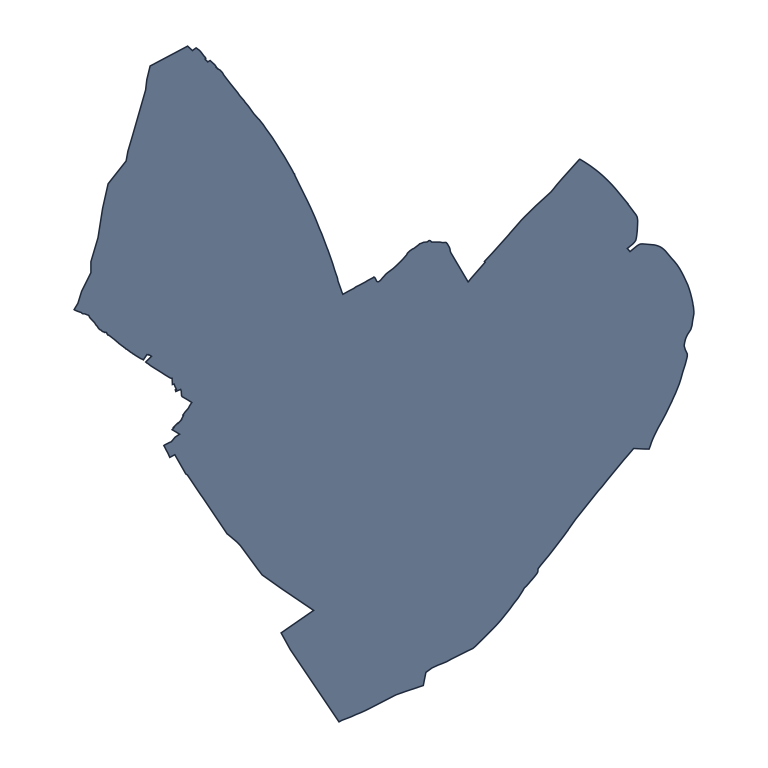 Oldebroek, Gelderland, Netherlands (Albers equal-area conic projection)
{"feature_id": "6326949B62245249446035", "entity_name": "Oldebroek", "entity_type": "district", "adm_level": 2, "iso_a3": "NLD", "parent_name": "Netherlands", "parent_adm1": "Gelderland", "projection": "albers", "projection_center": [5.93, 52.457], "detail": "fine", "context": "isolated", "style": "filled", "palette": "slate", "viewbox_px": 768, "rotation_deg": 0, "n_neighbors": 0, "source": "geoboundaries", "source_scale": "gbopen_adm2", "svg_char_len": 6032}
<svg xmlns="http://www.w3.org/2000/svg" viewBox="0 0 768 768"><path d="M150.1,66.0L146.8,79.7L145.6,90.0L132.4,136.0L127.9,151.2L126.1,161.0L108.1,183.8L102.6,208.3L98.0,237.7L90.9,261.7L90.9,272.7L81.6,291.3L77.9,303.3L74.1,309.6L75.0,310.2L77.6,311.3L80.2,312.2L80.8,312.3L81.2,312.5L81.9,313.2L82.6,313.7L82.9,313.8L84.3,313.8L84.9,313.9L85.9,314.3L87.6,315.0L88.2,315.1L88.5,315.3L88.8,315.5L89.5,317.1L90.0,317.9L91.2,319.2L94.2,322.3L94.8,323.0L95.8,324.8L97.4,326.5L98.1,327.8L99.2,329.1L100.1,329.8L100.9,330.1L101.3,330.4L101.9,331.1L102.9,331.7L103.2,331.8L103.8,331.8L104.0,331.9L104.2,332.3L104.5,332.5L105.1,332.2L105.9,332.5L106.4,332.4L106.6,332.6L106.7,333.2L107.0,333.5L107.1,334.0L107.8,334.9L107.9,335.1L108.5,335.0L108.9,335.4L109.7,335.8L110.2,336.3L111.2,337.0L111.8,337.5L112.5,338.0L112.8,338.3L114.2,339.3L115.0,340.1L115.7,340.4L116.4,341.4L117.2,341.9L118.0,342.5L118.5,343.1L118.9,343.5L119.4,343.8L122.5,346.2L123.3,346.6L124.0,347.4L124.3,347.6L125.1,348.0L125.9,349.0L126.5,349.2L127.4,349.6L127.9,350.2L128.7,350.7L129.3,351.2L130.9,352.4L131.9,352.9L133.3,354.1L133.9,354.2L134.8,355.0L139.2,357.7L141.3,358.9L142.3,359.2L143.4,359.9L147.0,354.5L148.3,355.0L148.7,354.6L151.5,356.3L145.7,362.0L146.8,363.0L147.8,363.5L150.7,365.8L154.8,368.4L161.6,372.6L164.9,374.8L169.7,377.7L171.1,378.3L172.1,378.3L172.4,384.5L173.1,384.2L174.2,384.1L174.6,385.6L176.4,389.4L175.3,389.8L175.8,391.5L180.6,389.4L181.3,391.3L181.3,392.8L181.5,395.2L181.5,395.3L181.5,395.6L182.2,396.7L187.4,399.7L189.6,401.1L191.8,402.5L190.9,403.8L189.6,405.8L188.6,407.8L188.0,408.7L185.5,411.5L185.0,412.1L183.2,414.7L182.8,415.1L183.0,415.5L183.4,415.7L182.6,417.1L181.2,419.8L181.4,419.9L178.1,423.3L177.9,423.0L177.3,423.5L173.4,427.4L173.9,427.7L172.1,429.7L179.6,434.2L175.5,436.9L174.8,437.5L172.8,440.0L171.2,441.8L169.4,442.5L167.3,443.6L165.5,444.5L164.1,445.3L163.8,445.7L164.3,446.3L166.4,450.5L167.5,452.4L168.0,453.4L169.8,457.4L174.8,454.7L185.8,474.0L187.5,475.0L187.6,475.3L190.4,479.4L198.0,490.8L201.1,495.4L201.6,496.0L202.8,497.7L209.4,507.5L227.2,534.0L227.9,534.4L236.8,541.9L240.4,545.6L258.4,570.1L258.7,570.4L262.1,574.9L281.7,588.8L313.6,610.4L281.1,632.9L290.3,649.6L339.0,721.9L341.9,720.3L349.6,717.4L351.8,716.5L355.9,714.6L360.9,712.6L365.3,710.6L369.5,708.5L393.7,696.0L396.1,694.8L405.4,691.5L423.3,685.5L425.9,672.4L431.9,668.0L432.3,667.8L438.1,665.1L442.1,663.6L446.7,661.7L450.9,659.3L468.1,650.7L472.8,648.5L475.4,646.3L485.2,636.6L493.9,627.8L496.3,625.3L500.7,620.4L509.7,609.2L513.5,603.9L518.2,597.9L522.5,591.2L523.1,590.2L524.1,588.3L524.7,587.6L526.7,585.8L527.4,584.9L528.8,583.4L530.3,581.5L532.3,579.3L534.8,576.3L536.9,573.6L537.6,572.3L537.8,571.9L537.9,571.0L538.0,569.5L538.0,569.1L538.2,568.6L538.7,567.9L540.6,565.4L545.8,559.1L548.8,555.5L555.0,547.5L563.7,536.1L565.9,533.1L567.4,531.0L567.7,530.8L568.5,529.3L575.7,519.2L598.1,491.1L602.0,486.7L606.9,480.5L624.0,459.7L627.7,455.5L633.6,448.5L643.7,449.0L649.1,449.1L650.6,445.1L651.3,442.8L652.9,438.8L654.3,435.7L658.0,428.2L662.5,420.1L665.9,413.7L670.4,404.4L671.9,401.4L672.3,400.3L674.3,395.9L675.5,393.4L679.3,383.9L681.0,378.6L682.8,372.0L684.3,367.4L685.3,364.3L686.9,358.1L687.3,356.3L687.3,353.9L685.3,349.7L684.2,346.0L684.4,344.0L684.7,342.4L685.4,339.5L686.1,337.5L687.5,334.6L690.8,329.5L692.0,325.6L692.2,324.1L692.6,321.0L693.9,313.8L693.9,311.5L693.5,307.0L693.0,304.7L692.7,302.4L691.7,297.9L690.6,293.5L689.3,289.2L687.8,284.9L683.7,276.1L681.9,272.6L679.7,268.7L677.2,264.9L674.4,261.4L671.4,258.1L665.4,250.9L663.7,249.3L661.8,247.8L660.3,246.9L658.5,246.1L656.1,245.3L654.2,244.9L652.4,244.7L642.7,243.9L640.4,244.0L639.2,244.5L637.2,245.7L630.0,251.6L628.0,249.2L627.3,248.5L632.8,244.0L634.4,242.3L635.8,240.3L636.3,238.2L636.7,235.8L637.3,230.4L637.6,224.2L637.7,221.2L637.6,219.6L637.2,217.0L636.1,214.9L633.5,211.5L627.7,203.8L627.9,203.7L615.3,188.5L612.1,184.9L608.2,180.9L604.9,177.7L602.2,175.2L598.8,172.3L595.7,169.8L590.7,166.1L587.6,164.0L584.5,162.0L580.2,159.4L579.8,159.2L579.5,159.5L579.2,159.6L562.2,178.5L556.6,185.0L553.2,189.3L550.8,192.1L535.7,205.9L535.2,206.4L525.0,216.4L521.4,220.1L509.5,233.7L509.4,234.0L492.1,253.3L484.4,261.5L485.1,262.3L471.0,278.4L468.3,281.8L468.1,281.9L450.8,252.6L450.2,250.9L450.1,249.7L449.9,248.8L449.7,248.1L449.3,247.2L447.3,243.7L446.9,243.4L446.4,242.7L446.1,242.5L445.6,242.4L442.6,242.6L440.1,242.1L431.8,242.1L430.6,241.0L430.3,240.7L429.3,240.5L429.0,240.6L428.6,240.8L427.9,241.5L427.4,241.8L426.7,242.0L423.5,242.3L421.3,243.3L419.6,243.8L419.0,244.5L418.4,245.0L414.2,248.2L413.4,248.7L412.9,248.8L411.9,249.4L409.8,250.9L407.4,253.2L407.2,253.5L406.8,254.6L406.6,254.9L404.2,257.6L403.3,258.7L400.9,261.2L396.8,265.2L393.2,268.5L387.7,272.6L386.6,273.5L385.6,274.4L383.4,277.0L382.9,277.4L380.7,280.1L379.6,281.0L378.6,281.7L377.8,281.8L376.7,281.3L375.6,278.9L375.3,278.3L374.7,277.5L373.9,277.0L373.4,277.5L367.3,280.7L365.7,281.8L363.8,282.8L359.1,285.3L356.1,286.7L353.8,288.4L348.4,291.2L342.9,294.3L342.5,293.4L342.0,292.4L340.8,288.8L338.3,281.9L337.9,280.7L337.6,278.6L337.1,276.9L336.0,273.9L334.6,269.8L332.9,264.1L331.5,260.0L327.8,249.6L327.4,248.8L321.9,234.1L319.4,228.4L316.2,220.3L314.6,216.5L310.5,207.3L307.6,201.2L299.5,184.9L294.6,174.9L294.7,174.3L294.6,174.0L294.2,173.6L293.9,173.5L292.5,170.7L291.1,168.2L284.0,155.9L281.7,152.4L277.3,145.3L272.2,137.3L265.8,128.5L263.3,124.7L259.7,120.2L259.2,119.5L258.5,119.0L253.8,113.7L248.4,106.1L244.9,102.0L244.6,101.4L244.0,100.6L239.6,95.5L238.4,93.7L237.9,92.9L230.2,83.4L224.2,75.6L223.4,74.4L222.8,73.2L222.4,72.6L220.1,70.1L219.4,69.7L218.0,69.1L217.6,68.8L217.8,68.6L217.0,67.9L216.0,67.3L216.2,66.8L215.0,65.0L210.1,60.5L209.9,60.6L207.7,61.9L206.7,60.7L205.5,59.7L205.3,59.5L205.1,59.0L205.7,58.6L205.8,58.5L205.8,58.3L205.4,57.6L204.9,56.9L204.4,56.5L203.6,55.5L202.4,53.9L200.5,51.4L198.6,49.6L197.8,49.2L196.4,48.0L196.1,47.9L195.5,48.3L193.4,49.8L192.5,50.6L187.6,46.1L187.1,46.4L150.1,66.0Z" fill="#64748b" stroke="#1e293b" stroke-width="1.5"/></svg>